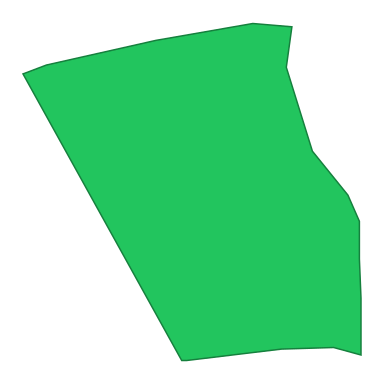 outline of 32, Ad Dawhah, Qatar
{"feature_id": "91078587B42740082367526", "entity_name": "32", "entity_type": "district", "adm_level": 2, "iso_a3": "QAT", "parent_name": "Qatar", "parent_adm1": "Ad Dawhah", "projection": "albers", "projection_center": [51.478, 25.327], "detail": "fine", "context": "isolated", "style": "filled", "palette": "green", "viewbox_px": 384, "rotation_deg": 0, "n_neighbors": 0, "source": "geoboundaries", "source_scale": "gbopen_adm2", "svg_char_len": 326}
<svg xmlns="http://www.w3.org/2000/svg" viewBox="0 0 384 384"><path d="M23.0,73.9L181.7,360.5L186.6,360.5L281.3,349.1L333.6,347.5L361.0,355.0L361.0,298.3L359.4,259.0L359.4,221.3L347.9,195.1L312.4,151.2L286.3,67.3L291.9,26.8L252.8,23.5L155.8,40.4L46.5,65.0L23.0,73.9Z" fill="#22c55e" stroke="#15803d" stroke-width="1.5"/></svg>